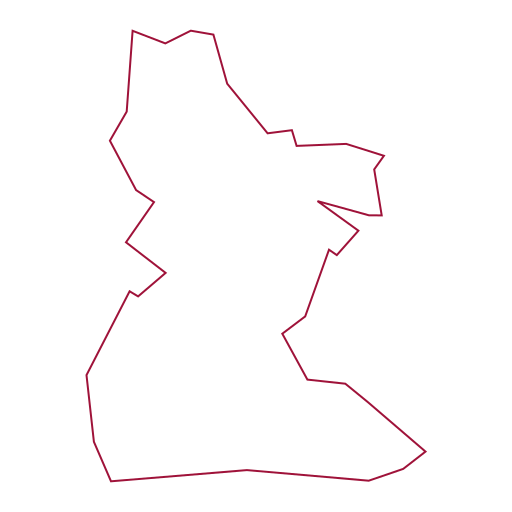 outline of Karposh, Karpoš, North Macedonia
{"feature_id": "65306769B48294308075018", "entity_name": "Karposh", "entity_type": "district", "adm_level": 2, "iso_a3": "MKD", "parent_name": "North Macedonia", "parent_adm1": "Karpoš", "projection": "mercator", "projection_center": [21.399, 42.004], "detail": "fine", "context": "isolated", "style": "outline", "palette": "rose", "viewbox_px": 512, "rotation_deg": 0, "n_neighbors": 0, "source": "geoboundaries", "source_scale": "gbopen_adm2", "svg_char_len": 575}
<svg xmlns="http://www.w3.org/2000/svg" viewBox="0 0 512 512"><path d="M213.4,34.6L190.8,30.7L165.3,43.4L132.6,30.8L126.7,111.6L109.9,140.7L136.1,190.1L154.0,202.1L126.0,242.3L165.6,272.9L138.1,296.4L129.6,291.3L86.5,375.1L93.9,441.8L111.0,481.3L246.9,470.1L368.7,480.7L403.2,468.9L425.5,451.6L367.7,402.0L345.3,383.7L307.4,379.6L282.3,333.7L305.2,316.4L329.0,249.7L336.8,255.1L358.4,230.7L317.5,201.1L368.9,215.3L381.7,215.4L374.2,169.4L383.9,155.8L346.2,143.9L296.6,145.9L291.9,130.2L267.6,133.3L227.2,83.7L213.4,34.6Z" fill="none" stroke="#9f1239" stroke-width="2"/></svg>